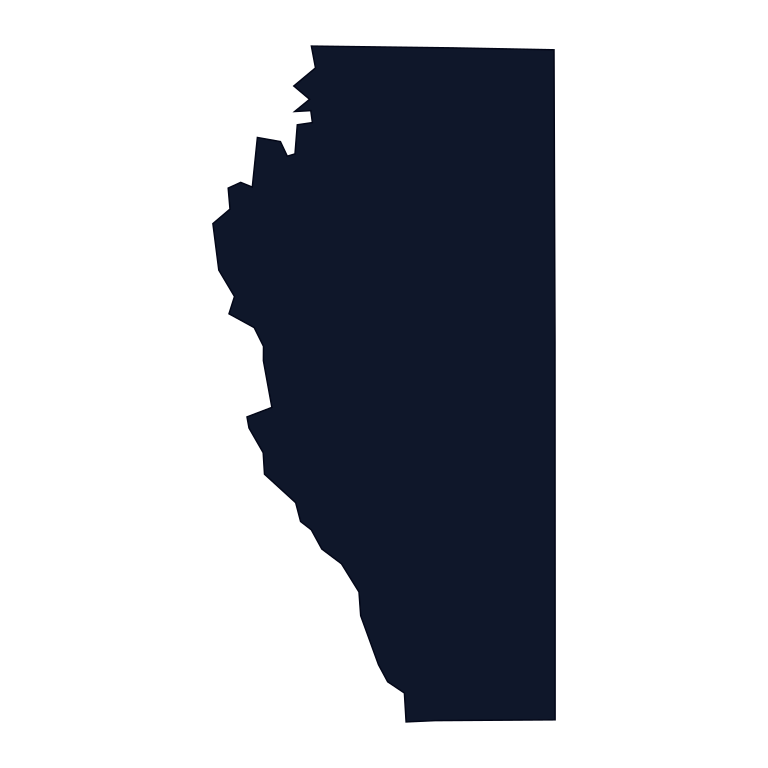 Adams, Wisconsin, United States of America (Albers equal-area conic projection)
{"feature_id": "52423323B52855808285855", "entity_name": "Adams", "entity_type": "district", "adm_level": 2, "iso_a3": "USA", "parent_name": "United States of America", "parent_adm1": "Wisconsin", "projection": "albers", "projection_center": [-89.891, 43.945], "detail": "fine", "context": "isolated", "style": "filled", "palette": "ink", "viewbox_px": 768, "rotation_deg": 0, "n_neighbors": 0, "source": "geoboundaries", "source_scale": "gbopen_adm2", "svg_char_len": 688}
<svg xmlns="http://www.w3.org/2000/svg" viewBox="0 0 768 768"><path d="M311.4,46.1L315.5,67.9L293.8,86.0L309.6,99.3L294.7,111.5L310.8,110.6L312.4,122.6L297.3,124.8L295.0,153.9L287.3,156.2L280.4,141.6L257.4,137.5L252.3,187.1L240.7,182.4L228.2,188.1L230.0,209.1L212.9,223.6L218.8,270.1L234.5,296.5L229.0,313.8L254.2,327.6L263.5,346.3L263.4,360.7L271.9,407.4L247.0,416.9L249.0,428.0L263.2,452.7L264.5,474.2L295.7,502.7L300.6,521.5L311.3,529.8L321.8,549.0L341.5,563.8L359.0,592.0L360.7,615.7L378.5,664.7L387.7,681.8L404.4,693.0L406.1,721.9L434.9,720.6L555.1,719.8L555.1,621.9L555.0,342.7L554.0,49.8L453.1,47.9L311.7,46.1L311.4,46.1Z" fill="#0f172a" stroke="#020617" stroke-width="1.5"/></svg>